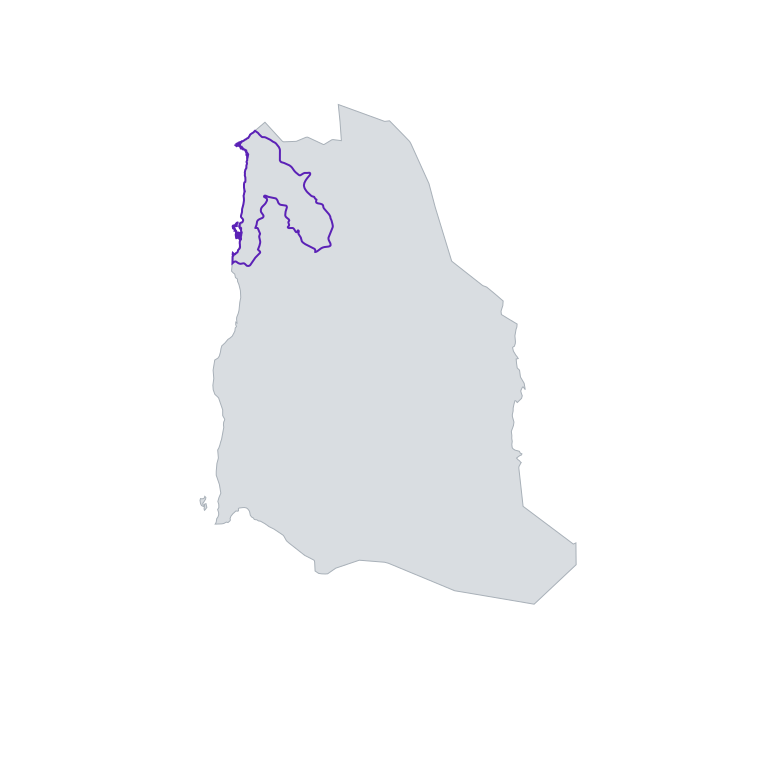 Tabuk on a map of Saudi Arabia (orthographic projection), rotated 37°
{"feature_id": "SAU-848", "entity_name": "Tabuk", "entity_type": "Region", "adm_level": 1, "iso_a3": "SAU", "parent_name": "Saudi Arabia", "parent_adm1": "", "projection": "orthographic", "projection_center": [36.673, 26.762], "detail": "fine", "context": "in_parent", "style": "outline", "palette": "violet", "viewbox_px": 768, "rotation_deg": 37, "n_neighbors": 0, "source": "natural_earth", "source_scale": "10m", "svg_char_len": 9741}
<svg xmlns="http://www.w3.org/2000/svg" viewBox="0 0 768 768"><g transform="rotate(37 384 384)"><path d="M564.8,506.6L495.4,524.5L491.7,526.0L470.3,539.6L456.3,560.1L453.2,569.5L451.5,571.0L448.5,573.1L445.8,574.6L441.5,574.8L436.0,568.2L434.6,566.9L433.4,566.9L423.9,568.6L403.8,568.2L400.4,567.9L395.9,565.9L394.7,565.5L393.6,565.5L383.2,566.1L378.0,567.1L373.0,567.2L367.9,567.9L366.1,568.9L364.1,569.0L362.9,569.8L361.8,570.2L360.4,569.6L358.8,569.9L356.4,569.4L354.8,568.0L353.3,566.7L351.8,566.1L350.1,565.7L348.6,565.8L346.8,566.7L345.7,567.6L342.9,570.3L342.8,571.3L344.1,572.8L343.8,573.5L342.1,574.6L341.7,577.1L341.4,578.4L341.3,581.7L342.1,584.2L343.2,585.1L343.3,586.2L342.8,588.5L341.2,589.2L340.2,591.4L339.5,592.4L338.3,593.6L333.5,597.5L333.2,595.4L331.5,592.3L331.4,590.0L330.6,587.8L329.2,586.1L326.7,584.4L326.4,582.0L324.5,579.6L322.0,577.8L320.6,574.2L319.4,569.4L313.0,563.3L304.9,557.8L302.5,554.6L298.4,548.0L296.3,542.8L290.9,536.8L290.6,534.5L289.7,531.6L288.4,528.5L287.6,526.0L282.1,515.0L280.4,513.3L278.9,510.9L278.5,509.0L278.0,508.0L274.2,506.3L270.7,501.7L260.2,494.6L255.1,494.0L251.1,491.4L248.1,488.0L244.8,482.1L239.2,475.8L234.4,466.7L235.8,463.3L235.7,460.9L234.2,457.0L232.6,454.0L231.5,451.1L232.3,446.9L232.5,442.3L233.4,439.8L234.0,437.1L233.1,431.6L231.5,428.8L231.6,426.8L229.9,425.9L228.4,423.8L229.9,423.8L227.2,420.9L226.2,419.3L225.1,415.3L223.8,412.3L219.6,405.4L217.6,401.2L213.1,395.8L208.3,391.9L205.2,390.1L203.8,388.4L201.3,388.4L198.6,386.0L196.7,386.0L194.3,385.6L191.5,381.0L189.2,376.7L185.2,371.2L186.2,369.7L187.3,367.3L186.7,364.2L186.1,362.1L184.4,358.3L178.7,348.7L177.2,347.3L174.8,345.7L173.3,341.5L172.6,337.8L168.8,336.0L162.2,322.5L158.4,317.8L156.9,314.6L152.5,309.4L150.4,304.2L146.0,299.4L142.2,291.1L136.4,282.8L134.0,281.3L127.9,280.7L125.4,280.0L123.0,281.8L122.8,279.5L124.5,276.4L126.9,269.7L127.5,263.9L131.4,246.6L156.8,251.3L158.1,251.0L167.9,243.0L173.3,233.8L174.5,232.8L191.5,229.2L192.0,228.8L195.3,220.5L195.7,220.0L196.2,219.5L203.5,215.3L191.5,201.5L179.3,188.3L225.8,174.1L226.6,173.8L230.0,170.5L250.6,173.6L258.6,174.9L261.1,176.0L299.3,196.9L318.5,212.0L363.9,245.0L364.6,245.2L403.6,246.0L407.7,244.8L418.5,245.3L429.2,246.0L431.7,249.9L432.7,252.8L433.7,255.5L436.0,257.9L444.9,257.0L454.2,256.0L455.8,258.5L456.6,261.0L459.6,266.8L463.6,271.2L464.6,272.9L465.4,275.4L464.9,276.4L464.8,277.6L467.6,279.9L472.1,281.7L473.9,282.1L475.9,282.9L474.5,284.5L477.4,287.7L480.7,291.0L483.9,291.4L488.8,296.3L495.5,299.1L499.9,303.2L499.6,303.4L498.4,303.0L496.9,302.6L496.5,303.2L496.8,305.1L497.4,307.3L499.6,309.0L501.5,310.2L502.5,312.7L501.6,318.6L501.2,318.6L500.2,318.2L499.1,318.2L498.6,318.6L500.2,322.5L501.7,325.6L503.4,327.9L505.0,331.4L506.2,332.8L510.7,336.2L512.4,339.3L514.2,345.2L517.1,348.2L518.8,350.6L520.9,352.6L522.5,355.4L524.5,357.5L525.4,358.0L526.8,358.1L528.6,357.9L530.5,357.1L532.6,356.3L534.5,357.2L536.2,356.8L536.5,357.9L535.5,359.5L534.4,363.4L536.5,363.8L538.6,363.8L540.0,364.2L540.8,364.1L540.9,364.9L541.4,368.4L542.0,369.7L568.7,398.0L631.3,397.9L631.6,397.8L632.9,395.4L646.2,412.7L636.4,469.5L564.8,506.6ZM312.0,589.2L314.0,589.3L313.2,588.4L313.0,588.0L313.8,586.7L316.8,589.2L316.8,592.2L316.6,592.9L315.8,592.3L315.2,591.7L315.1,591.0L314.2,590.3L311.4,590.9L309.7,590.1L307.1,587.7L306.4,585.9L307.4,585.5L308.5,584.5L309.1,583.1L308.5,581.6L310.0,581.8L310.8,583.3L311.1,586.8L311.3,587.5L310.9,588.3L312.0,589.2ZM178.2,355.7L177.6,355.8L175.8,353.9L174.8,352.5L173.8,351.6L169.0,349.8L168.4,348.6L169.1,347.4L169.6,348.6L170.5,349.3L174.4,350.9L178.8,354.6L179.6,354.9L178.2,355.7ZM170.7,346.7L170.4,347.1L169.4,346.1L169.4,344.0L170.3,342.8L170.3,344.4L170.7,346.1L170.7,346.7Z" fill="#d9dde1" stroke="#a8b0b8" stroke-width="1"/><path d="M190.3,378.8L186.4,373.4L186.5,372.2L186.4,371.7L186.2,371.6L185.9,372.0L185.6,372.0L185.2,371.7L184.4,370.3L186.2,370.4L186.8,370.2L187.1,369.8L187.1,368.4L187.7,367.2L187.6,366.6L186.9,364.8L187.1,363.2L187.1,362.5L186.7,361.4L185.9,360.4L185.2,359.7L184.9,359.2L184.2,358.6L183.3,357.4L183.0,356.8L182.8,355.7L182.2,354.7L182.6,354.4L182.2,353.8L181.1,352.7L180.5,351.2L179.9,350.6L179.9,350.1L179.1,348.5L177.7,347.8L176.1,345.5L175.6,345.4L175.6,345.7L175.8,346.3L175.5,346.5L173.9,345.6L173.3,344.9L173.1,344.4L173.1,343.7L172.6,343.5L172.3,342.8L172.3,342.2L172.5,341.5L173.4,340.4L173.5,339.6L173.1,338.2L172.6,337.6L171.8,337.2L170.1,336.9L169.2,336.6L168.6,335.8L167.1,332.1L165.4,329.7L163.6,325.2L161.7,321.7L160.5,320.2L158.5,318.1L158.1,316.9L157.4,315.6L156.9,313.9L156.5,314.0L155.5,312.8L154.0,311.4L152.0,308.8L151.3,307.4L151.2,306.9L151.6,306.1L150.9,304.9L148.9,302.4L147.4,301.3L146.2,299.5L145.5,298.8L144.3,296.3L144.1,294.3L142.6,292.3L142.0,290.6L141.5,289.9L140.8,289.6L140.5,289.3L140.2,288.4L140.1,287.6L139.8,287.2L138.6,285.8L138.0,284.8L136.5,283.7L136.5,283.9L136.3,283.9L136.0,283.5L137.3,282.7L137.6,282.9L137.3,282.3L136.3,282.0L136.0,282.2L135.6,281.7L134.8,281.6L133.4,280.4L133.1,280.6L132.6,280.6L132.8,281.0L132.1,280.6L130.6,281.2L130.3,281.5L130.2,281.5L130.2,281.3L128.7,281.3L128.4,281.7L128.2,281.5L128.2,281.3L128.4,281.3L128.3,280.9L128.9,280.6L128.2,280.5L127.9,280.6L128.1,280.9L127.6,281.2L127.4,281.7L127.1,281.5L127.7,280.9L127.7,280.6L127.1,280.6L126.9,281.1L126.5,281.1L126.6,280.7L126.2,280.9L126.0,280.6L125.7,280.7L125.1,279.8L124.7,280.1L124.4,279.9L124.2,280.5L123.6,280.9L123.6,281.0L124.1,281.4L124.1,281.6L123.7,281.8L123.5,281.6L123.2,282.7L122.7,282.7L122.9,282.5L122.6,282.0L122.6,280.9L122.4,280.7L121.8,281.0L121.9,280.7L122.1,279.9L123.1,279.2L122.9,279.0L123.1,278.7L123.4,278.6L123.3,278.8L123.7,279.0L123.9,278.9L123.9,278.6L123.7,278.1L124.1,277.9L124.0,277.4L124.3,276.2L124.6,276.4L124.6,276.0L124.4,276.1L124.8,275.5L125.3,274.6L125.7,273.6L126.0,272.4L126.5,271.7L126.8,270.4L127.5,269.2L127.3,266.7L127.0,265.4L127.5,263.7L128.2,262.1L128.4,261.3L128.5,260.9L128.4,260.5L128.6,259.4L132.3,259.3L134.3,259.8L137.7,260.2L138.7,259.8L139.5,259.1L140.4,258.6L141.4,258.3L146.3,257.4L149.5,257.3L151.4,256.9L153.0,256.9L157.6,258.1L159.3,259.1L160.1,259.8L166.2,268.0L166.6,268.2L167.6,268.6L168.1,268.6L168.5,268.6L171.2,267.6L176.9,266.3L178.8,266.3L180.2,266.5L183.9,267.7L185.9,268.1L190.0,268.3L190.7,268.2L191.3,267.9L191.7,267.4L192.9,264.3L193.6,263.2L195.6,261.7L197.1,260.3L197.6,260.1L198.2,260.2L198.6,260.6L198.9,261.1L199.0,261.7L198.8,266.1L198.9,268.6L199.4,271.3L200.4,273.4L200.8,273.9L202.4,275.2L203.6,275.8L206.2,276.7L207.7,277.0L212.6,277.5L213.4,277.4L215.6,276.6L217.5,277.4L219.1,277.4L219.8,279.0L220.7,279.8L221.3,279.8L222.5,279.5L225.0,278.2L226.5,277.8L227.1,277.8L227.9,278.1L228.8,278.9L229.3,279.4L230.3,279.9L238.1,281.6L240.3,282.6L241.5,283.8L243.7,285.0L246.6,287.3L248.1,288.7L248.7,289.8L251.6,300.5L251.9,301.0L252.7,301.9L253.6,302.5L256.6,304.0L257.7,305.1L257.9,305.7L257.8,306.2L257.2,307.4L253.9,310.6L252.8,312.1L252.1,313.6L250.8,318.1L250.0,319.6L249.6,319.9L248.7,318.7L248.3,318.3L247.7,318.0L247.2,317.9L237.0,319.7L234.6,319.8L233.4,319.7L232.4,319.4L229.4,317.1L225.4,315.6L224.9,315.1L224.2,313.5L223.6,313.0L223.1,313.0L222.8,313.3L223.0,314.8L222.9,315.3L222.3,315.6L221.1,315.3L219.3,314.5L217.9,314.2L217.0,314.5L214.2,316.7L213.5,316.9L213.0,316.8L212.7,316.4L212.8,314.7L212.6,314.2L212.2,313.8L210.7,312.8L210.3,312.4L210.1,311.9L210.0,310.7L209.8,310.3L208.8,309.8L205.8,309.7L204.8,309.5L204.1,309.1L203.5,308.6L201.7,305.6L200.2,301.5L199.9,301.1L199.2,300.6L198.8,300.5L198.4,300.5L193.8,303.0L192.7,303.3L191.2,303.1L190.4,302.8L188.4,301.5L187.3,301.1L185.9,300.9L179.1,304.1L176.3,304.8L175.7,305.1L175.3,305.5L175.2,306.0L175.3,306.4L175.7,306.7L178.5,306.4L179.4,306.9L179.8,307.3L180.2,308.1L180.6,310.5L180.6,312.0L180.1,315.7L180.1,316.9L180.4,318.1L181.0,319.3L181.9,320.3L182.5,320.7L185.9,321.8L186.4,322.1L186.8,322.5L187.1,323.2L187.0,324.4L185.3,327.4L184.9,328.5L184.7,329.6L184.9,330.7L186.4,333.6L187.3,336.7L187.7,336.6L188.6,335.8L189.1,335.6L189.7,335.7L194.5,338.5L194.7,338.8L195.1,340.3L195.6,341.4L196.1,341.9L199.3,344.6L200.1,345.7L201.3,348.5L202.4,352.4L203.0,352.6L205.1,352.8L205.8,353.3L206.0,353.8L206.0,354.3L205.2,360.6L205.6,369.6L205.3,370.5L204.8,371.2L203.6,372.0L203.0,372.1L200.7,371.8L199.6,371.9L199.0,372.3L197.2,374.3L196.0,374.9L194.5,375.2L192.5,375.2L191.5,375.6L190.8,376.5L190.3,378.8ZM179.2,354.8L179.6,354.8L179.1,355.3L178.6,356.1L178.2,356.4L177.7,356.0L175.7,354.0L175.6,353.5L175.1,352.8L175.1,352.6L175.6,352.9L176.3,353.6L178.6,354.6L178.2,354.8L178.1,355.1L178.3,355.4L178.6,355.4L179.2,354.8ZM172.8,350.6L172.6,351.0L172.4,351.2L170.0,349.8L169.4,349.7L169.3,350.1L168.2,349.1L168.1,348.6L168.3,348.1L169.4,347.0L169.3,347.5L168.9,348.1L169.1,348.6L170.0,349.1L171.0,350.0L171.5,350.0L171.7,350.5L172.2,350.6L172.2,350.3L172.8,350.6ZM169.4,346.2L169.4,344.3L169.7,343.3L170.5,342.7L169.9,343.4L169.7,344.4L169.9,344.9L170.4,345.4L170.7,345.5L170.4,346.4L170.5,346.7L170.7,346.8L171.0,346.8L170.7,347.2L170.3,347.1L169.6,346.5L169.4,346.2ZM175.7,352.9L175.0,352.4L174.9,351.9L174.3,351.7L174.1,351.3L173.7,351.0L173.3,351.0L172.8,351.3L172.8,351.1L173.0,350.7L173.4,350.6L173.9,350.8L175.1,351.6L175.4,352.1L176.7,352.8L177.6,353.5L177.8,353.8L177.7,354.1L176.6,353.5L176.3,353.0L175.7,352.9ZM181.3,354.7L181.7,355.1L181.4,355.0L181.5,355.3L180.8,355.0L180.7,354.5L180.1,354.5L179.8,353.9L179.3,354.1L179.5,353.4L179.7,353.1L180.4,353.2L180.7,353.4L180.9,353.9L181.1,353.9L181.1,353.7L181.2,353.8L181.3,354.7ZM178.2,351.2L178.1,349.9L178.5,349.6L178.9,350.0L178.8,350.4L178.5,350.4L178.9,351.8L178.8,352.0L178.2,351.2ZM176.9,351.6L176.4,351.3L176.4,350.9L176.7,350.6L177.1,350.7L177.4,351.0L177.4,351.3L176.9,351.6Z" fill="none" stroke="#5b21b6" stroke-width="2"/></g></svg>